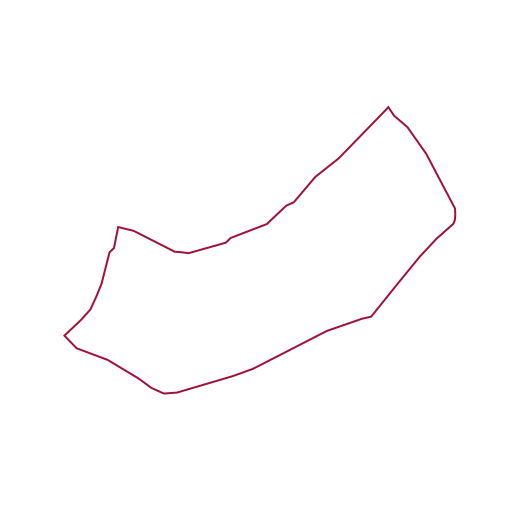 San Mateo, Quezaltenango, Guatemala (Robinson projection), rotated 77°
{"feature_id": "79465075B40376522775505", "entity_name": "San Mateo", "entity_type": "district", "adm_level": 2, "iso_a3": "GTM", "parent_name": "Guatemala", "parent_adm1": "Quezaltenango", "projection": "robinson", "projection_center": [-91.588, 14.843], "detail": "fine", "context": "isolated", "style": "outline", "palette": "rose", "viewbox_px": 512, "rotation_deg": 77, "n_neighbors": 0, "source": "geoboundaries", "source_scale": "gbopen_adm2", "svg_char_len": 670}
<svg xmlns="http://www.w3.org/2000/svg" viewBox="0 0 512 512"><g transform="rotate(77 256 256)"><path d="M196.8,383.8L216.3,392.6L219.5,397.9L248.4,412.8L259.6,420.7L270.8,429.3L279.0,441.0L290.5,460.6L305.6,451.5L323.9,423.9L348.7,398.2L361.1,387.5L369.3,376.7L371.3,363.8L367.8,305.5L365.2,284.1L344.9,203.6L341.0,167.2L341.0,157.4L313.7,122.7L293.8,97.0L279.8,76.3L269.0,56.4L265.6,54.1L260.1,52.4L254.4,51.4L194.6,67.2L164.4,79.5L150.4,89.9L140.7,93.6L143.4,97.5L179.5,153.5L192.2,180.3L212.1,207.0L213.8,215.3L227.3,238.2L232.7,276.6L236.2,282.3L238.1,321.2L235.9,326.8L233.5,334.3L204.0,369.5L196.8,383.8Z" fill="none" stroke="#9f1239" stroke-width="2"/></g></svg>